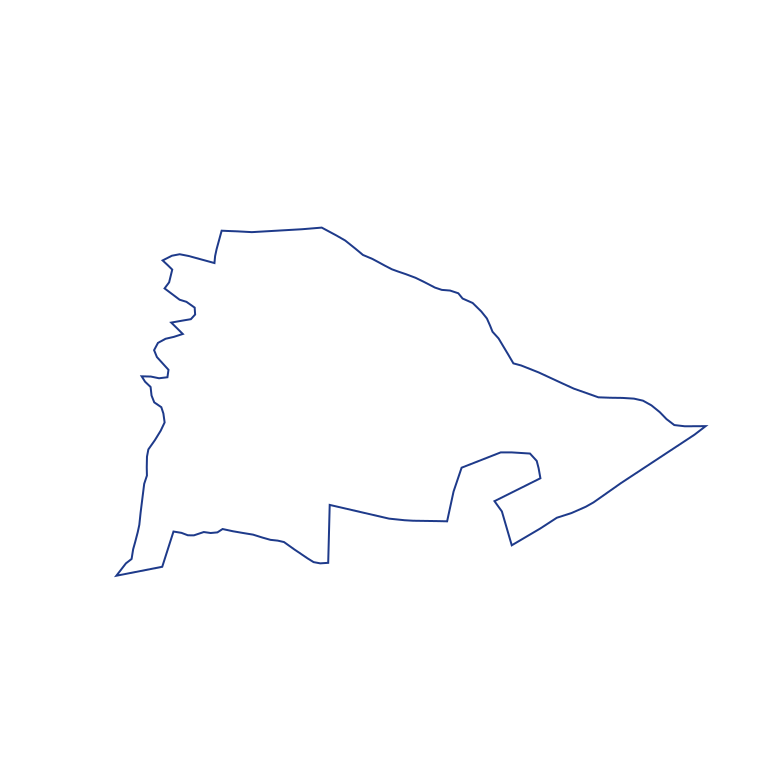 outline of Dagoretti, Nairobi, Kenya, rotated 347°
{"feature_id": "3690345B98870582025559", "entity_name": "Dagoretti", "entity_type": "district", "adm_level": 2, "iso_a3": "KEN", "parent_name": "Kenya", "parent_adm1": "Nairobi", "projection": "orthographic", "projection_center": [36.712, -1.281], "detail": "fine", "context": "isolated", "style": "outline", "palette": "blue", "viewbox_px": 768, "rotation_deg": 347, "n_neighbors": 0, "source": "geoboundaries", "source_scale": "gbopen_adm2", "svg_char_len": 1915}
<svg xmlns="http://www.w3.org/2000/svg" viewBox="0 0 768 768"><g transform="rotate(347 384 384)"><path d="M378.4,235.4L370.5,228.1L358.5,217.6L339.2,214.8L289.4,206.3L275.2,202.2L266.7,199.9L260.3,198.1L251.2,215.0L248.2,221.4L246.0,228.0L222.4,215.3L214.1,211.6L206.2,211.3L196.1,213.8L200.1,219.7L203.4,224.9L197.5,236.6L191.7,241.5L203.8,255.9L210.0,259.5L216.7,267.0L215.6,273.8L210.4,277.4L202.1,276.9L190.5,276.3L193.9,281.6L199.2,290.0L189.8,290.8L181.3,290.8L173.0,293.1L167.6,299.3L168.8,306.7L177.2,321.7L174.5,328.7L166.1,327.8L158.5,324.3L149.6,322.0L151.7,328.0L155.9,334.4L154.9,342.9L156.0,350.2L161.8,356.5L162.4,363.1L161.6,372.1L155.9,379.3L148.1,387.2L139.7,394.7L136.7,401.5L134.1,411.8L132.4,419.9L127.9,427.3L120.9,446.4L117.9,454.6L113.9,466.2L110.7,473.0L106.0,482.0L102.4,488.6L98.7,497.7L92.2,500.7L80.1,510.6L126.8,512.2L145.7,480.4L153.2,483.5L158.9,487.3L164.8,488.7L175.1,487.7L181.6,490.2L188.3,491.1L194.1,489.0L203.7,493.5L213.7,497.7L222.5,501.3L231.2,506.4L238.3,510.3L245.2,512.7L251.0,515.5L259.4,525.0L270.2,536.6L275.3,541.7L281.5,544.4L289.4,545.7L303.9,489.6L358.6,516.3L373.5,521.4L381.7,523.8L406.0,529.8L414.6,532.0L427.6,504.4L440.8,483.0L482.3,476.9L492.8,479.3L510.6,484.6L515.5,493.3L515.7,500.7L515.2,511.0L465.3,523.0L470.2,534.7L472.2,569.9L503.6,560.0L522.3,553.2L537.7,551.9L553.0,549.0L561.5,546.5L592.5,533.9L675.2,503.2L687.9,497.4L667.7,492.9L657.6,489.3L651.4,481.8L646.4,473.5L639.8,465.0L632.6,458.5L624.3,454.5L613.2,451.2L601.4,448.3L589.9,445.2L567.9,431.2L558.4,423.9L537.3,407.5L521.8,396.8L514.7,393.0L511.8,383.7L508.5,373.5L505.9,365.4L501.5,357.5L500.5,351.1L499.0,343.3L495.1,335.2L488.6,325.0L479.8,318.4L476.8,312.3L469.4,307.8L461.5,305.3L455.3,301.5L446.5,294.0L438.6,287.6L430.0,281.9L422.9,277.5L417.5,274.0L411.6,269.0L406.3,264.3L400.8,259.5L392.5,253.5L386.5,245.6L378.4,235.4Z" fill="none" stroke="#1e3a8a" stroke-width="2"/></g></svg>